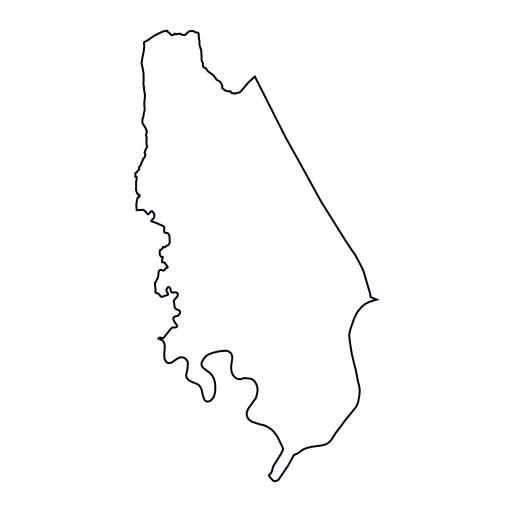 Loc Ha, Ha Tinh, Vietnam
{"feature_id": "81297802B55071935880129", "entity_name": "Loc Ha", "entity_type": "district", "adm_level": 2, "iso_a3": "VNM", "parent_name": "Vietnam", "parent_adm1": "Ha Tinh", "projection": "equal_earth", "projection_center": [105.835, 18.467], "detail": "fine", "context": "isolated", "style": "outline", "palette": "ink", "viewbox_px": 512, "rotation_deg": 0, "n_neighbors": 0, "source": "geoboundaries", "source_scale": "gbopen_adm2", "svg_char_len": 6027}
<svg xmlns="http://www.w3.org/2000/svg" viewBox="0 0 512 512"><path d="M158.4,338.6L162.5,340.4L163.2,341.2L164.3,343.5L164.7,344.8L164.7,347.9L164.3,353.1L164.3,357.4L164.7,359.2L165.6,361.0L166.5,362.2L167.5,362.8L168.8,363.1L170.0,363.0L171.5,362.6L177.4,358.6L179.5,357.5L181.2,357.3L182.6,357.4L184.0,357.7L185.4,358.7L186.4,359.7L187.1,360.7L187.8,362.2L187.8,362.9L187.7,366.4L187.3,369.6L186.1,375.5L186.3,376.6L187.0,378.2L188.1,379.6L189.2,380.5L192.6,382.2L197.5,384.2L199.1,385.4L200.0,386.4L201.2,388.5L201.6,389.7L202.8,395.3L204.2,399.3L205.1,400.5L206.3,401.4L207.7,401.6L209.9,401.1L211.2,400.1L212.6,398.5L213.7,396.9L214.5,394.7L215.2,391.1L215.3,386.8L215.1,383.8L214.8,381.8L214.0,379.0L213.3,377.5L212.3,375.7L210.0,373.0L206.8,370.7L202.7,367.4L201.9,366.1L201.5,364.4L201.7,362.5L203.2,359.7L204.7,357.6L206.7,355.6L208.9,354.3L213.2,352.7L219.3,351.3L224.4,350.8L227.3,350.9L229.4,351.9L231.0,353.4L231.5,354.4L232.1,355.8L232.3,358.0L231.2,365.8L231.2,369.1L231.6,371.6L232.1,373.2L232.9,374.9L233.9,376.2L235.7,378.0L237.3,378.8L239.2,379.2L240.4,379.2L241.4,379.1L243.1,378.3L245.0,378.1L248.1,378.4L250.2,378.7L251.4,379.0L252.7,379.7L254.1,380.8L255.3,382.4L256.1,383.7L257.1,386.2L257.4,388.1L257.6,389.9L257.0,394.2L256.1,397.4L255.5,398.6L249.4,407.0L248.2,408.8L247.3,410.8L246.7,413.0L246.7,414.3L246.9,415.7L247.4,417.1L248.2,418.6L249.4,419.9L250.9,421.1L252.7,422.0L260.0,424.4L264.2,425.3L268.4,427.4L271.2,429.3L273.5,431.4L275.3,433.6L277.7,437.2L282.6,447.3L283.1,449.0L282.6,450.7L281.1,453.6L278.6,457.8L274.2,464.7L273.2,466.5L271.8,471.5L271.2,472.7L270.3,473.8L269.0,475.2L269.8,477.1L273.2,480.7L275.3,481.3L278.1,480.1L278.6,479.6L288.3,465.3L293.2,456.3L293.9,455.0L297.6,453.4L303.5,449.3L306.7,448.0L311.6,446.8L321.4,445.5L325.5,444.5L328.3,442.9L330.2,441.1L331.5,439.6L335.8,432.9L339.9,427.4L341.9,424.9L345.1,420.4L355.4,407.8L356.7,405.8L358.1,402.2L359.1,397.1L359.5,394.2L359.7,389.4L359.0,385.4L357.9,381.0L355.8,370.2L353.8,362.5L351.5,352.4L349.8,341.1L349.2,335.0L350.1,330.1L354.0,318.9L356.5,313.6L357.8,311.5L361.5,307.0L364.9,304.2L367.6,302.7L369.9,301.7L376.7,299.6L370.7,297.2L370.1,293.6L363.8,272.1L362.4,268.7L358.8,261.5L354.9,254.4L352.2,250.7L345.1,240.0L321.1,201.6L297.9,159.4L286.3,138.7L254.9,76.6L249.2,81.7L247.5,83.5L241.8,90.3L240.6,91.6L239.7,92.3L238.6,92.7L236.1,93.0L235.4,93.5L234.9,93.6L234.0,93.5L231.5,92.8L231.0,92.5L230.5,91.3L229.8,91.2L228.5,91.3L227.6,91.2L225.5,90.6L224.2,89.7L222.1,87.9L222.3,86.4L222.2,85.6L221.9,84.8L220.3,82.0L219.7,81.4L216.3,79.5L215.9,78.5L213.7,75.7L212.2,74.3L208.5,71.8L207.4,70.6L206.1,68.6L205.4,68.0L203.8,67.4L203.0,66.4L202.9,65.3L203.0,63.8L202.8,62.9L201.9,61.3L201.5,59.4L201.6,56.7L201.3,52.4L201.3,50.4L200.5,48.2L199.5,44.7L199.3,43.6L199.6,42.2L198.9,38.4L198.7,33.7L198.3,33.0L195.1,32.1L193.1,31.0L190.0,31.1L189.2,31.4L187.5,32.6L185.8,34.5L184.7,35.0L184.1,35.0L181.9,34.7L181.2,34.5L180.3,33.7L180.0,33.7L176.7,34.2L175.8,34.2L174.9,33.7L174.2,34.1L173.4,34.8L172.7,35.2L172.0,35.2L170.9,34.7L169.5,33.2L167.7,31.8L167.2,30.8L166.3,30.7L163.0,31.5L161.6,32.1L158.0,33.8L153.8,36.0L147.9,40.2L144.3,42.0L144.1,42.5L144.0,43.5L144.3,46.2L143.9,49.4L143.8,51.2L143.4,52.7L142.3,58.3L141.9,61.6L141.5,63.1L141.7,64.1L142.2,65.8L143.5,72.8L143.6,76.4L143.6,80.7L143.4,84.2L143.9,86.4L144.0,89.7L144.7,92.9L144.9,94.6L144.8,98.9L144.5,101.0L144.3,103.1L144.3,104.6L144.7,109.1L144.7,109.9L143.8,113.5L143.4,116.4L142.8,118.5L142.4,119.2L142.4,122.8L142.7,123.6L143.6,124.9L145.4,127.9L146.8,130.8L146.9,131.4L146.7,132.5L146.6,133.1L146.1,134.2L146.0,135.7L146.6,136.9L146.6,138.2L146.7,138.8L146.5,139.8L146.4,143.8L146.5,144.5L147.0,145.5L147.1,146.1L147.0,146.9L145.3,150.2L145.1,151.4L144.6,152.3L144.6,152.8L145.3,154.5L145.4,154.9L145.3,155.4L144.9,155.9L144.7,157.3L144.3,157.8L143.0,158.9L142.7,160.5L142.2,161.3L141.7,162.3L140.8,165.0L139.1,167.2L138.9,167.8L139.3,168.6L139.2,169.4L138.3,170.1L137.5,171.1L136.9,172.2L136.5,172.5L135.9,172.6L135.6,172.8L135.3,173.9L135.4,175.5L135.3,176.8L135.6,177.0L136.1,176.7L136.4,176.8L136.8,177.5L136.5,180.6L136.1,181.2L136.1,187.5L136.0,189.9L137.1,193.2L137.7,194.1L139.3,194.9L139.6,195.4L139.7,195.8L139.4,196.5L137.7,197.7L136.7,201.5L136.3,205.4L136.7,210.2L143.2,209.8L143.7,210.0L144.7,211.0L145.7,211.8L148.0,214.3L149.6,213.3L150.4,211.8L151.4,211.2L151.9,211.1L153.6,212.9L154.3,214.4L154.4,215.1L154.1,217.6L153.5,218.5L151.8,220.0L151.3,221.1L152.9,221.8L155.7,222.7L163.5,226.2L164.3,227.1L164.1,230.9L164.3,232.2L165.4,232.8L167.6,233.1L168.3,233.7L169.3,235.4L169.5,236.0L169.7,242.0L169.6,242.8L169.0,244.2L167.7,245.4L166.4,245.9L165.1,247.2L164.2,247.3L163.1,247.0L162.5,248.2L161.6,249.4L160.0,250.0L159.9,250.5L159.7,253.2L159.8,254.7L160.6,256.1L161.3,256.9L162.4,256.8L162.8,257.2L162.8,257.6L162.1,259.8L162.0,262.0L162.3,262.3L163.9,262.3L164.5,262.6L167.4,266.4L167.6,267.1L167.6,267.5L167.0,267.6L165.9,268.2L164.4,270.1L163.8,270.6L163.2,270.7L161.9,270.0L160.7,269.9L159.7,270.2L159.0,270.9L158.6,272.1L158.5,274.3L157.9,277.8L156.4,280.5L156.0,281.6L155.1,282.6L154.9,283.2L155.0,284.9L155.6,289.6L155.6,290.7L155.3,292.0L155.7,292.8L157.7,293.4L158.8,294.0L160.5,296.2L161.5,296.9L162.1,296.8L165.4,295.6L167.6,295.0L168.1,294.5L168.1,293.8L167.8,293.2L166.7,291.5L166.5,290.8L166.4,290.0L166.5,289.5L167.3,288.1L168.2,287.1L168.8,287.0L169.5,287.4L170.0,288.1L170.4,289.0L171.2,291.9L171.8,292.5L173.3,292.5L174.9,292.3L176.1,292.4L177.3,293.0L177.6,293.5L177.8,294.1L177.7,295.5L177.5,296.0L177.0,296.9L174.5,299.6L173.9,300.6L173.9,302.1L174.5,305.6L174.7,307.3L175.3,308.3L175.9,309.0L178.8,310.2L179.6,311.0L180.0,311.6L180.1,312.0L180.0,313.0L179.4,314.2L178.7,315.0L177.8,315.7L177.1,316.0L175.1,316.4L174.3,316.9L173.6,317.5L173.4,318.1L173.4,319.3L173.9,320.6L175.0,322.6L177.1,325.5L177.2,326.1L176.8,326.8L176.4,327.1L175.8,327.4L172.7,327.5L171.6,328.1L170.8,328.8L163.5,338.0L162.7,338.1L160.8,337.6L159.7,337.6L158.9,338.0L158.4,338.6Z" fill="none" stroke="#020617" stroke-width="2"/></svg>